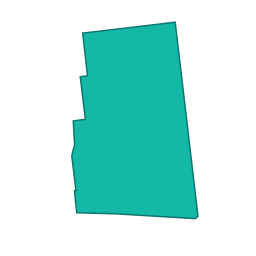 the district of Clark, Ohio, United States of America, rotated 79°
{"feature_id": "52423323B77322804510799", "entity_name": "Clark", "entity_type": "district", "adm_level": 2, "iso_a3": "USA", "parent_name": "United States of America", "parent_adm1": "Ohio", "projection": "orthographic", "projection_center": [-83.771, 39.904], "detail": "fine", "context": "isolated", "style": "filled", "palette": "teal", "viewbox_px": 256, "rotation_deg": 79, "n_neighbors": 0, "source": "geoboundaries", "source_scale": "gbopen_adm2", "svg_char_len": 365}
<svg xmlns="http://www.w3.org/2000/svg" viewBox="0 0 256 256"><g transform="rotate(79 128 128)"><path d="M179.2,192.5L201.4,194.5L210.1,155.6L229.8,79.3L228.2,76.2L118.9,67.9L33.1,61.5L27.3,140.0L26.2,154.4L69.1,157.8L68.5,165.1L111.3,168.2L110.6,180.4L134.2,183.6L144.6,188.5L179.4,191.0L179.2,192.5Z" fill="#14b8a6" stroke="#0f766e" stroke-width="1.5"/></g></svg>